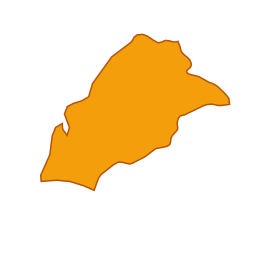 map outline of Saint Thomas (Equal Earth projection), rotated 132°
{"feature_id": "JAM-1383", "entity_name": "Saint Thomas", "entity_type": "Parish", "adm_level": 1, "iso_a3": "JAM", "parent_name": "Jamaica", "parent_adm1": "", "projection": "equal_earth", "projection_center": [-76.493, 17.967], "detail": "fine", "context": "isolated", "style": "filled", "palette": "amber", "viewbox_px": 256, "rotation_deg": 132, "n_neighbors": 0, "source": "natural_earth", "source_scale": "10m", "svg_char_len": 1235}
<svg xmlns="http://www.w3.org/2000/svg" viewBox="0 0 256 256"><g transform="rotate(132 128 128)"><path d="M197.1,111.5L200.4,121.9L206.6,135.3L214.4,145.9L225.8,156.8L221.4,161.3L199.9,168.3L184.7,179.0L176.0,182.2L168.6,179.8L171.5,177.1L172.7,175.2L174.3,168.3L166.8,171.8L160.1,184.6L152.8,187.4L146.4,185.1L138.8,180.6L131.2,178.1L118.7,184.1L85.9,187.7L62.8,183.2L59.4,183.4L56.3,184.2L52.9,183.6L48.6,179.8L46.7,174.7L45.8,168.2L44.6,162.7L41.3,160.3L38.0,159.0L35.7,155.8L33.8,152.1L31.2,149.2L30.2,148.9L32.7,143.8L35.4,139.9L35.8,138.1L36.0,135.7L35.8,130.5L36.2,127.2L38.0,123.7L39.6,122.7L41.3,122.2L45.5,122.7L46.6,122.4L47.3,121.3L47.3,119.4L45.9,116.2L42.9,110.8L42.2,108.9L39.9,98.4L38.7,95.9L37.8,92.7L37.2,89.3L37.4,80.9L37.9,76.3L38.6,72.8L42.5,68.3L50.3,75.1L53.5,80.6L54.2,81.6L55.1,82.6L57.8,85.0L61.0,86.9L80.7,94.9L83.6,97.1L85.2,97.3L87.2,97.0L90.5,95.4L92.2,94.1L94.0,91.8L94.9,90.9L95.8,90.3L97.5,90.0L103.4,90.0L105.5,89.6L107.0,89.1L109.8,87.1L111.9,86.0L113.6,86.1L115.7,86.8L124.8,93.6L138.4,96.3L150.8,101.0L153.0,102.2L153.8,103.0L154.5,104.0L157.2,109.1L158.4,110.7L160.0,112.5L165.6,114.3L180.8,116.9L185.2,116.3L196.8,111.6L197.1,111.5Z" fill="#f59e0b" stroke="#b45309" stroke-width="1.5"/></g></svg>